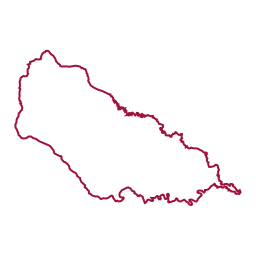 the district of Pore, Casanare, Colombia
{"feature_id": "7082276B49773009508333", "entity_name": "Pore", "entity_type": "district", "adm_level": 2, "iso_a3": "COL", "parent_name": "Colombia", "parent_adm1": "Casanare", "projection": "albers", "projection_center": [-71.878, 5.684], "detail": "fine", "context": "isolated", "style": "outline", "palette": "rose", "viewbox_px": 256, "rotation_deg": 0, "n_neighbors": 0, "source": "geoboundaries", "source_scale": "gbopen_adm2", "svg_char_len": 5924}
<svg xmlns="http://www.w3.org/2000/svg" viewBox="0 0 256 256"><path d="M95.2,196.5L97.3,196.4L98.1,196.7L98.9,197.1L100.5,198.8L101.2,199.0L103.5,198.2L105.2,198.5L107.1,198.3L108.8,197.5L110.8,195.8L112.1,195.7L112.7,196.2L112.9,197.4L115.5,201.1L116.3,201.2L117.3,200.7L118.3,201.4L120.8,201.2L123.4,198.9L123.7,198.1L123.3,197.4L121.4,197.5L119.9,196.8L119.4,194.7L119.8,192.9L121.9,190.2L126.9,187.7L128.2,187.4L130.7,188.7L132.0,190.8L134.3,191.5L134.7,192.4L134.3,193.0L137.1,194.8L137.3,195.3L137.9,195.6L137.9,196.1L138.7,196.2L138.7,195.8L140.1,195.1L142.6,196.8L144.8,203.0L146.0,202.4L147.2,200.3L148.1,199.6L149.1,199.7L151.7,201.0L152.5,201.0L153.1,200.5L153.1,200.1L151.5,197.9L154.9,198.0L156.9,196.0L157.6,196.1L158.1,196.5L158.2,198.0L158.9,199.2L160.5,199.3L160.8,198.7L160.1,196.4L161.1,195.3L162.5,194.7L163.6,194.9L164.9,198.6L165.6,199.0L166.7,198.7L167.7,197.6L167.0,194.9L167.3,194.1L167.9,193.8L168.6,194.1L168.9,195.5L168.3,196.8L168.2,198.5L168.5,200.1L168.1,201.7L168.5,202.3L169.3,202.3L169.8,201.8L170.7,202.1L172.6,201.2L174.2,201.0L175.4,200.1L175.6,199.4L176.4,198.4L177.5,199.0L177.8,200.4L179.5,201.4L181.3,201.3L183.3,200.0L184.6,199.8L185.8,201.3L188.4,202.8L189.2,204.4L191.0,205.1L191.8,204.7L192.1,203.7L190.9,201.9L189.5,200.8L189.4,199.9L190.2,199.5L191.7,199.6L195.2,201.4L196.4,201.5L197.0,200.9L198.3,198.5L201.6,195.2L201.5,194.2L200.8,193.6L197.6,192.6L197.4,192.0L197.9,191.0L198.7,190.6L201.8,190.6L203.7,192.4L204.1,192.5L204.9,191.6L205.0,190.0L207.7,189.7L209.6,188.2L210.7,186.5L212.7,185.3L214.5,183.8L215.1,184.5L214.9,185.3L215.7,186.0L216.3,185.9L217.0,187.2L217.5,186.8L217.7,187.6L221.0,186.4L221.5,187.1L222.2,187.3L222.3,187.7L223.3,187.5L224.5,186.5L226.4,186.7L226.9,187.3L226.3,188.1L228.4,189.1L228.5,190.3L229.4,189.8L229.8,190.5L230.8,190.7L231.1,191.4L234.8,191.8L235.4,192.7L235.3,193.3L236.4,193.9L238.0,193.4L238.9,194.1L239.4,193.9L240.6,192.1L239.8,190.3L238.8,191.4L237.8,191.2L237.6,190.6L237.1,190.9L234.8,187.3L233.0,186.1L233.1,184.7L232.2,184.1L230.4,184.0L230.4,185.4L229.6,185.8L227.3,184.0L225.1,184.0L223.6,184.6L222.4,184.5L220.8,183.8L220.7,183.5L221.7,182.6L221.5,181.7L219.4,180.9L219.6,180.4L218.9,179.3L218.7,178.1L219.1,177.1L218.6,176.1L217.8,176.1L217.6,175.8L218.6,175.3L217.6,174.6L218.2,173.9L218.1,171.4L218.9,170.2L218.9,169.4L218.4,168.9L217.7,165.8L217.2,165.1L215.5,164.8L214.5,165.8L213.2,166.4L210.0,167.0L209.0,166.8L208.1,163.9L208.5,162.4L207.5,161.9L206.7,160.0L207.4,158.5L206.4,157.5L206.6,156.5L205.4,155.2L205.4,154.4L206.4,154.8L206.8,154.3L206.9,153.2L206.4,152.6L203.8,152.5L201.7,150.6L199.6,149.8L198.3,148.8L195.7,148.3L193.0,148.3L191.1,147.6L190.8,148.0L189.0,148.5L187.8,147.8L187.1,146.4L185.7,147.3L185.5,145.6L184.1,144.7L183.3,142.9L183.2,141.7L181.7,141.8L181.7,140.8L180.9,140.6L180.5,140.0L180.5,139.5L182.1,138.3L181.5,136.8L181.6,135.2L182.0,134.7L181.9,134.0L181.1,134.0L180.0,134.9L178.7,134.8L175.7,132.1L175.3,132.3L175.2,133.4L173.9,133.9L173.0,133.7L172.7,134.6L171.6,135.1L171.3,135.5L171.6,136.6L171.2,136.8L170.2,136.6L169.4,135.3L168.4,135.5L166.1,135.4L165.6,135.1L165.6,133.5L164.5,132.5L164.8,132.1L164.7,131.7L164.0,131.4L163.6,131.7L163.7,132.6L163.3,133.0L162.3,132.8L161.9,132.4L162.4,130.8L161.6,130.4L162.0,129.8L161.8,129.4L161.3,129.2L160.8,129.7L160.3,129.4L160.1,128.3L160.4,128.0L162.2,128.1L163.0,126.9L163.1,125.2L161.0,124.3L159.0,123.9L158.0,121.6L156.7,120.9L156.9,119.5L155.2,118.9L154.4,117.9L152.9,117.6L153.3,116.9L152.8,115.9L150.5,116.3L147.9,115.0L146.7,115.9L145.6,115.5L145.1,116.4L144.2,116.8L143.7,116.2L143.6,115.1L143.1,115.1L142.1,113.9L141.8,114.0L142.3,115.2L141.8,116.2L141.9,117.0L141.3,116.9L140.5,116.7L140.6,116.0L140.9,116.0L140.5,115.1L139.5,114.9L138.5,115.7L137.8,115.4L137.7,115.0L138.8,114.1L138.2,113.1L136.9,112.9L136.5,113.9L135.1,115.4L134.0,113.9L132.4,112.6L131.4,113.1L132.1,114.1L131.7,115.2L131.2,115.1L130.0,113.1L129.3,112.9L128.6,113.4L129.8,114.5L129.4,115.3L128.9,115.3L129.0,114.9L127.8,114.5L127.6,114.9L126.9,115.0L127.9,114.1L127.1,113.7L126.1,112.0L126.2,111.6L125.1,112.1L124.5,111.1L125.5,109.9L124.7,109.0L125.0,108.3L124.5,108.4L123.7,109.6L123.4,109.4L123.6,108.5L123.0,108.2L122.9,107.5L121.5,107.4L121.6,108.2L120.3,109.2L118.4,109.4L118.2,108.7L119.6,107.2L119.3,106.6L118.3,107.0L117.5,106.4L117.7,105.9L118.3,105.9L118.4,104.3L117.1,104.4L117.1,103.0L115.8,102.3L116.0,101.5L114.8,100.5L115.2,101.6L114.7,102.6L113.9,101.6L113.9,100.5L113.2,100.2L113.2,97.8L112.5,97.5L112.2,96.4L111.0,96.3L110.9,95.7L110.3,95.2L110.4,94.4L109.3,94.4L102.3,91.0L98.4,89.8L93.8,87.6L90.7,85.4L88.2,80.9L88.6,79.4L88.3,77.1L87.4,75.5L87.5,74.1L86.7,73.2L85.9,70.2L85.3,69.2L84.2,69.2L82.2,67.8L81.5,68.1L79.9,66.5L75.5,65.7L69.0,66.8L67.5,66.4L61.7,66.5L60.7,66.3L60.3,66.1L59.9,64.7L58.3,63.7L56.2,61.4L55.2,58.6L53.3,55.7L50.7,54.0L48.7,51.2L48.1,50.9L45.8,50.9L45.1,52.2L43.7,52.5L42.2,54.0L41.3,56.0L40.7,59.2L37.8,59.5L35.9,59.1L33.6,60.9L30.1,61.9L30.3,63.7L28.0,64.5L28.8,65.3L29.0,66.5L28.8,68.2L27.6,69.3L27.6,72.6L28.1,73.9L27.5,74.6L27.2,75.6L26.8,76.0L25.1,76.4L23.4,76.0L21.2,77.5L20.4,78.6L20.3,80.0L19.6,81.8L19.9,83.1L19.9,86.6L19.2,88.0L20.1,88.6L20.2,89.6L19.6,91.2L19.4,94.6L19.7,95.7L19.1,98.5L19.8,101.0L20.3,101.0L21.1,103.3L20.3,103.6L21.8,105.9L22.3,107.6L21.7,110.2L20.3,111.3L19.9,112.4L18.8,113.2L18.5,116.6L17.4,117.9L16.7,119.5L16.3,122.7L15.4,124.6L15.5,127.5L17.0,129.8L17.5,131.7L18.2,132.6L18.5,134.9L20.1,136.2L20.9,137.6L23.1,138.5L26.0,138.3L28.5,136.5L31.0,136.5L33.2,138.2L35.9,138.8L39.0,141.1L48.5,145.2L50.2,146.2L53.4,150.1L54.4,153.4L60.0,156.2L61.4,156.3L61.6,159.3L63.9,161.8L65.7,162.5L67.6,164.1L69.3,166.5L69.4,168.1L70.3,169.7L73.1,171.7L75.7,173.0L76.6,174.2L77.2,176.0L78.0,176.5L78.7,177.4L80.1,178.0L80.1,179.1L81.4,182.0L85.2,185.4L84.7,187.2L86.8,188.6L87.4,189.8L88.8,190.9L89.0,193.4L90.6,193.9L91.5,195.1L95.2,196.5Z" fill="none" stroke="#9f1239" stroke-width="2"/></svg>